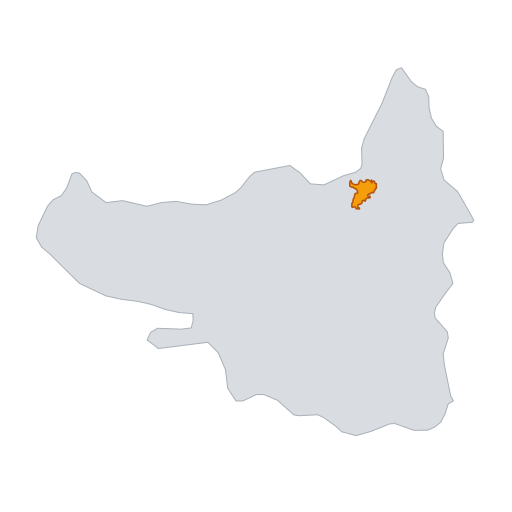 Vicente Noble, Barahona, Dominican Republic (highlighted), rotated 178°
{"feature_id": "3306468B17851422898431", "entity_name": "Vicente Noble", "entity_type": "district", "adm_level": 2, "iso_a3": "DOM", "parent_name": "Dominican Republic", "parent_adm1": "Barahona", "projection": "equal_earth", "projection_center": [-71.08, 18.413], "detail": "fine", "context": "in_parent", "style": "filled", "palette": "amber", "viewbox_px": 512, "rotation_deg": 178, "n_neighbors": 0, "source": "geoboundaries", "source_scale": "gbopen_adm2", "svg_char_len": 6120}
<svg xmlns="http://www.w3.org/2000/svg" viewBox="0 0 512 512"><g transform="rotate(178 256 256)"><path d="M64.6,374.0L65.2,347.4L68.4,336.7L65.4,325.4L52.2,313.3L44.1,297.8L37.0,284.1L38.6,282.1L53.0,281.5L58.1,276.4L67.8,262.4L69.7,251.1L68.9,242.6L62.7,232.3L60.2,221.6L68.0,212.2L78.2,198.5L79.6,193.3L79.3,188.1L67.5,173.6L66.7,167.4L72.3,151.8L71.7,141.5L66.3,109.2L63.7,104.4L69.0,101.6L72.4,92.0L77.1,83.5L83.2,78.9L90.1,76.0L104.0,76.2L123.1,83.7L128.5,83.5L146.9,76.8L162.1,73.0L176.4,77.3L182.2,83.1L194.1,92.3L200.0,95.2L218.7,94.9L223.8,95.9L239.6,111.1L252.8,117.2L260.5,117.5L274.2,111.6L281.1,111.8L288.9,124.9L290.5,143.6L297.1,160.6L307.2,171.5L356.7,166.9L367.7,175.9L364.0,183.3L357.0,187.2L333.5,185.5L323.2,186.4L321.1,193.7L321.1,200.6L334.9,202.2L348.4,205.7L362.2,211.2L376.2,214.9L391.9,217.4L407.5,221.4L433.4,234.8L462.2,265.4L469.9,272.3L475.0,281.9L472.7,293.7L462.6,313.1L456.8,319.3L448.4,323.1L442.6,331.0L437.1,344.5L433.7,345.7L429.6,345.1L422.7,337.4L417.8,325.7L403.9,314.6L387.5,316.0L363.2,309.5L348.6,312.7L333.9,313.4L318.9,310.1L303.8,308.9L288.8,313.1L274.2,320.2L268.8,324.7L259.5,335.7L254.5,339.8L219.0,345.3L208.7,337.2L199.2,326.2L185.6,324.7L165.7,333.2L153.3,336.3L148.3,340.0L146.8,344.2L146.8,359.6L144.0,369.0L124.6,404.5L113.7,429.6L109.2,437.3L104.0,439.0L94.5,424.6L88.5,419.4L80.9,416.7L77.8,409.1L77.9,398.2L75.9,387.7L71.3,379.4L64.6,374.0Z" fill="#d9dde1" stroke="#a8b0b8" stroke-width="1"/><path d="M154.3,299.7L153.8,299.7L153.4,299.7L153.1,299.7L152.8,299.7L152.6,299.6L152.3,299.5L152.0,299.5L151.9,299.5L151.7,299.4L151.4,299.3L151.2,299.4L151.0,299.6L150.9,299.8L150.9,300.1L151.0,300.2L151.1,300.4L151.2,300.5L151.4,300.6L151.5,300.6L152.0,300.6L152.3,300.7L152.4,300.8L152.5,300.9L152.6,301.0L152.6,301.4L152.6,301.6L152.5,302.0L152.4,302.1L152.4,302.5L152.3,303.0L152.2,303.4L152.2,303.5L152.0,303.8L151.9,303.8L151.5,304.0L151.3,304.1L151.2,304.1L150.9,303.9L150.7,303.8L150.3,303.9L150.2,303.9L150.1,304.0L149.7,304.4L149.5,304.5L149.4,304.6L148.9,304.7L148.8,304.8L148.6,304.9L148.5,305.0L148.4,305.2L148.3,305.3L148.2,305.5L148.1,305.9L148.2,306.1L148.3,306.4L148.3,306.6L148.2,306.8L148.1,307.1L148.0,307.3L147.8,307.4L147.7,307.4L147.3,307.5L147.1,307.5L146.9,307.6L146.5,308.0L146.4,308.1L146.2,308.1L146.1,307.9L145.9,307.4L145.7,307.2L145.3,307.0L145.2,307.0L144.9,307.2L144.8,307.4L144.7,307.6L144.6,307.8L144.5,308.0L144.4,308.2L144.2,308.8L144.1,309.3L144.0,309.5L143.9,309.6L143.4,309.7L143.2,309.7L143.1,309.8L142.7,310.0L142.4,310.1L142.0,310.1L140.9,310.0L140.6,310.0L140.3,310.1L140.1,310.2L140.0,310.4L139.9,310.5L139.9,310.9L139.9,311.1L139.9,311.3L140.0,311.6L140.2,311.8L140.3,311.8L140.6,311.8L141.0,311.5L141.4,311.4L141.5,311.5L141.8,311.6L141.9,311.8L142.0,311.9L142.2,312.5L142.2,312.8L142.2,313.0L142.0,313.3L141.8,313.6L141.6,313.8L141.4,314.0L141.1,314.1L140.6,313.8L140.3,313.8L140.2,313.9L140.0,314.0L139.6,314.4L139.1,314.7L138.6,315.3L138.4,315.4L138.2,315.5L137.7,315.5L137.6,315.4L137.4,315.4L137.0,315.1L136.9,315.1L136.6,315.0L136.3,315.1L136.2,315.2L136.1,315.4L136.0,315.5L136.0,316.2L135.9,316.4L135.9,316.6L135.7,316.8L135.4,316.9L135.2,317.0L135.0,317.3L134.9,317.5L134.9,318.2L134.8,318.4L134.8,318.5L134.7,318.5L134.3,318.7L134.2,318.8L133.9,319.0L133.7,319.4L133.4,319.6L133.3,319.8L133.2,320.0L133.2,320.3L133.2,320.5L133.4,320.9L133.4,321.1L133.4,321.3L133.4,321.6L133.4,321.8L133.2,322.2L133.2,322.4L133.2,322.6L133.3,323.0L133.3,323.3L133.2,323.5L133.2,323.9L133.2,324.0L133.3,324.0L133.6,324.3L133.8,324.4L134.0,324.5L134.4,324.5L134.6,324.6L134.8,324.7L134.8,324.8L134.9,325.0L134.9,325.9L134.9,326.2L135.0,326.3L135.1,326.5L135.3,326.7L135.5,326.8L135.8,326.9L136.3,326.9L136.6,326.8L136.8,326.8L136.8,326.7L137.0,326.6L137.1,326.1L137.2,325.8L137.2,325.6L137.4,325.5L137.5,325.3L137.6,325.2L137.8,325.1L138.0,325.2L138.1,325.3L138.1,325.6L138.1,326.2L138.1,327.5L138.6,327.1L138.8,327.0L138.9,326.9L139.1,326.9L139.2,327.0L139.4,327.1L139.9,327.4L140.3,327.7L140.6,327.9L140.9,328.1L141.1,328.2L141.3,328.2L141.6,328.2L142.7,328.3L143.0,328.3L143.2,328.2L143.3,328.1L143.4,327.9L143.2,327.3L143.2,327.2L143.3,326.9L143.7,326.5L144.1,326.3L144.5,326.1L145.0,326.0L146.2,326.0L146.4,326.0L146.6,326.1L146.8,326.2L147.3,326.5L147.6,326.9L147.8,327.3L147.9,327.5L148.0,327.6L148.3,327.8L148.5,327.9L148.9,327.9L149.2,327.8L149.4,327.8L149.5,327.7L149.7,327.4L149.8,327.2L150.0,326.9L150.1,326.7L150.3,326.3L150.5,326.0L150.6,325.6L150.8,325.1L150.9,324.5L151.0,324.4L151.3,324.2L151.9,324.1L152.0,324.1L152.4,323.9L152.6,323.8L152.9,323.8L153.2,323.8L154.2,323.8L154.5,323.8L154.9,323.9L155.1,324.1L155.3,324.2L155.5,324.2L156.0,324.3L156.4,324.5L156.9,325.0L157.2,325.2L157.3,325.3L157.5,325.5L157.6,325.8L157.7,326.0L158.0,326.6L158.1,327.0L158.3,327.4L158.4,327.8L158.5,328.1L158.8,328.2L159.0,328.0L159.1,327.9L159.2,327.5L159.4,327.0L159.4,326.8L159.5,326.3L159.5,326.1L159.7,325.7L159.8,325.5L159.8,325.1L159.8,324.7L159.8,323.4L159.8,322.7L159.1,322.1L158.4,321.6L158.2,321.6L157.3,321.5L157.1,321.5L157.0,321.4L156.8,321.4L156.2,320.9L155.7,320.4L155.3,320.2L154.9,320.1L154.5,319.8L154.4,319.8L153.8,319.7L153.6,319.6L153.4,319.4L153.3,318.9L153.1,318.5L153.0,318.4L152.8,318.3L152.7,318.1L152.5,317.6L152.4,317.4L152.3,317.0L152.3,316.8L152.3,316.3L152.3,315.9L152.3,315.6L152.4,315.4L152.5,315.2L152.8,315.1L153.1,315.1L153.9,315.2L154.1,315.2L154.3,315.1L154.6,315.0L154.7,314.8L154.8,314.7L154.9,314.2L155.1,313.8L155.3,313.4L155.4,313.1L155.5,312.9L155.5,312.6L155.6,311.9L155.6,311.7L155.8,311.1L156.0,310.7L156.2,310.2L156.5,310.0L156.8,309.7L156.9,309.4L157.0,308.5L157.1,308.3L157.2,308.0L157.2,307.8L157.2,307.7L157.1,307.1L157.1,306.9L157.2,306.7L157.4,306.5L158.0,305.7L158.3,305.3L158.3,305.2L158.4,304.8L158.4,304.5L158.4,303.7L158.4,303.3L158.4,303.1L158.6,302.7L158.6,302.3L158.4,301.8L158.3,301.6L158.1,301.3L158.0,301.2L157.8,301.2L157.6,301.3L157.3,301.4L157.2,301.5L156.8,301.6L156.4,301.6L155.7,301.6L155.3,301.5L155.2,301.5L155.0,301.4L154.8,301.2L154.7,300.9L154.6,300.7L154.5,300.4L154.4,300.0L154.3,299.7Z" fill="#f59e0b" stroke="#b45309" stroke-width="1.5"/></g></svg>